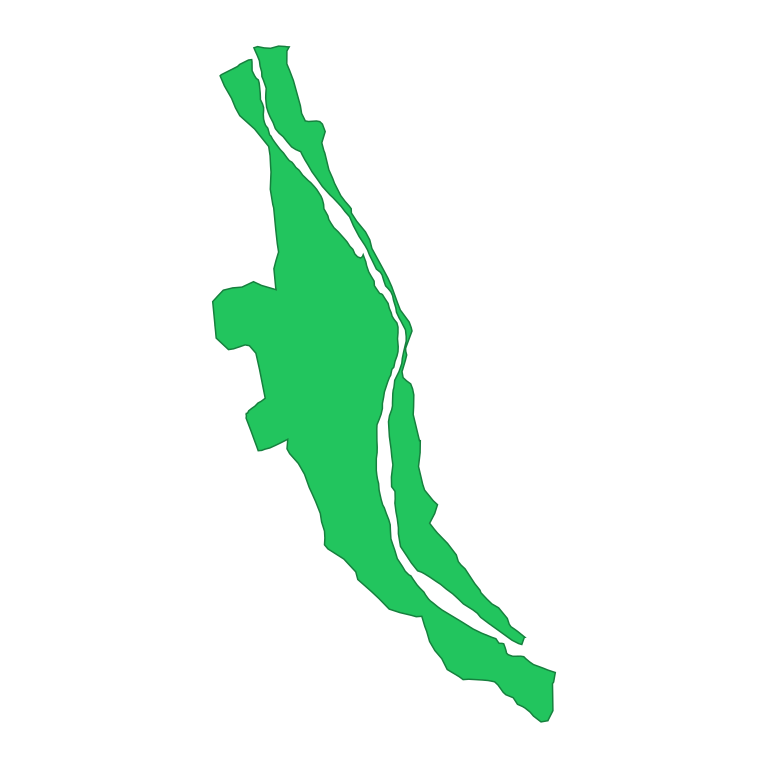 Isna, Qina, Egypt
{"feature_id": "37247803B29149830762978", "entity_name": "Isna", "entity_type": "district", "adm_level": 2, "iso_a3": "EGY", "parent_name": "Egypt", "parent_adm1": "Qina", "projection": "robinson", "projection_center": [32.548, 25.368], "detail": "fine", "context": "isolated", "style": "filled", "palette": "green", "viewbox_px": 768, "rotation_deg": 0, "n_neighbors": 0, "source": "geoboundaries", "source_scale": "gbopen_adm2", "svg_char_len": 6007}
<svg xmlns="http://www.w3.org/2000/svg" viewBox="0 0 768 768"><path d="M555.3,672.5L553.1,671.8L547.7,670.0L543.8,668.4L539.0,666.6L533.5,664.6L529.6,661.9L525.9,658.8L523.8,656.7L520.7,656.2L512.7,656.3L508.2,654.7L506.6,653.2L505.9,650.2L505.0,647.3L503.7,643.8L502.1,643.4L499.1,643.3L497.8,641.6L495.9,638.7L492.1,637.4L481.7,633.2L473.3,629.1L461.3,621.6L442.2,610.1L437.8,606.9L434.9,604.5L432.7,602.7L430.3,600.9L428.4,598.9L425.5,594.9L423.9,592.1L419.8,588.0L417.1,585.0L413.3,579.6L410.9,575.9L408.8,574.8L405.2,571.2L402.3,566.3L397.3,558.7L394.7,550.0L392.5,543.7L390.9,538.8L390.4,530.3L390.2,524.8L388.8,519.8L386.2,513.2L384.3,507.8L382.7,504.9L381.2,499.7L380.0,494.4L379.1,490.1L378.6,483.5L377.5,479.3L376.8,475.0L376.3,470.4L376.3,458.6L377.1,452.6L377.2,447.2L376.9,440.5L376.8,428.7L377.0,424.7L379.2,419.3L381.1,414.2L382.4,408.5L382.4,403.5L383.6,397.3L384.4,392.0L386.1,386.8L387.7,381.9L389.4,377.5L390.7,375.2L391.9,369.3L393.8,367.2L395.0,361.4L397.0,355.9L398.0,351.6L398.2,346.7L397.5,338.7L398.0,332.9L398.0,327.1L396.9,322.9L394.0,319.3L392.1,316.2L391.2,312.8L389.3,308.3L388.1,303.4L385.0,298.7L382.5,294.7L381.6,294.0L379.6,293.4L376.5,288.9L374.4,285.7L374.1,281.1L371.1,276.1L368.7,271.9L366.6,265.6L365.8,261.8L364.7,258.9L363.2,254.8L362.5,256.6L360.6,258.0L357.5,256.8L354.8,253.9L352.9,249.4L349.9,246.3L347.0,241.8L343.9,238.2L338.1,231.7L333.9,227.7L331.0,223.3L328.8,219.5L327.9,215.9L325.6,211.7L323.9,208.8L323.6,204.3L322.3,199.2L320.9,196.0L316.8,189.6L314.6,186.9L310.9,182.8L307.9,180.3L305.3,177.7L302.7,175.2L300.7,172.4L299.0,170.1L295.9,167.5L293.8,164.5L291.9,162.2L290.2,161.2L289.0,160.3L286.9,157.7L283.5,153.0L280.2,149.5L277.8,146.4L274.8,142.4L272.4,138.9L271.0,136.2L269.6,134.8L268.6,131.1L267.8,128.2L265.6,125.4L264.5,122.6L263.6,119.1L263.3,114.4L263.6,110.9L263.6,107.5L262.5,103.9L260.4,99.5L260.4,97.6L260.2,93.2L259.9,90.0L259.5,85.7L259.1,82.7L258.3,79.9L256.3,78.4L254.7,76.0L253.2,73.0L252.1,70.7L252.0,62.0L251.7,59.6L248.5,60.0L239.7,64.4L237.5,66.5L221.3,74.7L220.1,75.8L224.4,85.9L231.6,98.4L235.5,107.9L239.8,115.7L254.6,129.0L268.7,146.5L270.1,155.8L270.6,166.1L271.0,172.1L270.3,189.3L272.8,204.5L273.7,207.9L275.8,230.0L277.3,243.7L278.6,252.1L278.1,253.6L275.9,260.9L273.9,268.7L275.7,287.5L276.1,289.7L261.4,285.4L253.5,281.7L242.0,287.1L232.6,287.9L223.3,290.2L217.5,296.3L212.7,301.6L214.9,324.4L214.9,325.1L215.0,325.8L215.5,330.6L216.2,338.1L228.5,349.6L233.6,348.8L245.1,344.9L249.4,345.7L255.9,353.2L259.5,369.3L265.2,398.2L264.1,399.1L261.2,401.3L258.0,403.0L254.9,406.2L251.6,408.5L248.7,410.8L247.5,413.2L246.3,413.4L246.1,414.5L246.4,415.8L246.1,418.1L251.0,430.9L254.2,439.7L256.9,447.0L258.2,450.7L261.7,450.4L264.9,449.2L269.9,447.9L275.4,445.4L280.4,443.0L285.9,440.2L287.7,439.3L287.5,442.7L287.0,448.8L289.7,453.7L298.3,463.4L299.7,465.8L304.5,474.2L309.3,487.6L312.0,493.4L315.7,501.7L320.3,513.4L321.6,521.9L324.5,531.1L324.8,536.6L324.9,537.9L324.5,544.8L327.9,548.9L343.8,559.0L355.8,571.9L357.8,579.5L371.3,591.4L372.7,592.7L379.0,598.6L389.2,609.1L399.9,612.6L411.3,615.3L416.2,616.7L421.8,616.3L424.8,626.4L426.7,631.4L429.6,641.5L434.9,650.6L441.8,658.7L447.2,669.5L459.2,676.7L463.1,679.6L468.7,679.2L482.4,680.0L488.1,680.5L491.3,681.1L494.6,681.8L498.0,685.0L503.2,692.3L505.8,694.7L513.2,697.7L517.5,704.3L522.5,706.5L525.0,708.0L530.0,712.0L533.5,716.1L541.0,721.9L547.9,720.7L548.7,719.0L552.9,710.7L552.7,696.4L552.5,684.6L552.5,683.6L552.8,683.2L553.6,682.1L555.3,672.5ZM524.9,637.3L517.6,631.4L514.3,629.0L510.9,626.7L509.2,624.2L507.3,618.4L498.6,607.8L492.0,604.0L486.9,599.1L480.9,592.7L480.0,590.2L474.8,583.7L465.1,568.9L460.9,564.9L458.3,561.6L456.3,554.9L447.6,543.5L437.4,533.0L434.0,528.9L429.6,523.2L430.4,521.8L434.7,513.5L437.5,504.7L433.2,500.7L424.6,490.1L422.7,484.3L420.9,476.6L418.5,466.5L420.1,452.7L420.3,440.7L419.5,440.8L413.2,414.6L413.6,406.9L413.8,394.9L412.6,388.9L410.7,383.9L406.5,380.8L403.1,377.6L402.0,371.6L402.4,370.4L405.4,360.3L406.7,355.0L405.8,351.5L405.7,350.3L405.6,348.5L406.2,346.6L412.0,331.0L411.2,327.6L409.2,322.1L400.3,310.0L397.4,302.5L394.6,294.7L391.7,286.6L388.0,278.3L382.7,268.3L375.5,255.1L371.9,248.5L369.8,240.0L365.7,232.3L365.4,231.8L356.7,221.2L351.4,213.0L351.2,208.7L349.4,206.3L345.1,201.4L340.8,195.7L334.5,183.3L332.6,178.2L328.9,169.9L324.8,153.0L323.8,150.5L321.8,142.9L322.0,142.1L325.2,131.6L322.4,124.1L319.8,121.6L316.5,121.0L308.5,121.5L305.2,120.9L304.8,119.9L301.6,113.4L300.4,105.8L293.4,80.5L289.6,70.5L286.8,63.8L286.9,51.0L289.2,46.9L286.8,46.8L285.1,46.5L278.6,46.1L270.6,48.3L264.2,47.9L257.6,46.6L253.9,47.8L255.3,51.1L257.3,55.5L259.4,60.7L260.1,66.2L261.7,71.9L261.9,76.5L263.6,80.6L266.2,88.2L265.8,94.3L265.7,97.9L266.0,101.8L266.6,107.2L268.2,112.3L270.0,116.6L273.1,122.6L275.4,128.7L279.0,133.1L283.1,136.6L287.5,142.1L291.6,146.9L295.7,149.5L299.8,151.3L300.7,151.6L302.2,154.8L304.9,159.8L308.2,165.2L312.0,171.8L316.2,177.6L322.4,186.5L329.9,194.8L332.9,197.6L336.2,201.1L341.2,206.5L344.9,211.4L349.6,216.8L353.4,225.7L359.1,236.5L365.1,245.6L367.5,249.9L369.5,255.0L371.4,258.8L374.7,265.6L376.4,269.1L380.4,272.3L382.1,275.0L383.8,280.7L385.6,285.9L388.2,288.6L390.9,291.9L392.6,295.7L393.5,300.2L395.8,307.8L396.5,312.3L399.1,317.9L400.8,320.8L403.2,325.5L405.0,328.9L405.5,330.1L406.2,336.4L406.2,341.1L403.7,351.6L402.3,358.4L401.8,363.4L399.1,371.4L394.7,380.3L394.4,383.4L393.9,387.6L393.2,390.1L392.8,393.7L392.5,402.8L392.5,405.9L391.7,409.7L389.5,415.7L388.5,421.7L388.8,426.8L389.4,436.7L391.1,449.3L391.8,456.7L392.9,464.9L391.4,477.0L391.6,486.7L393.1,488.7L395.0,491.4L395.2,498.8L394.9,503.2L396.0,511.9L397.3,518.8L398.4,527.7L398.4,533.8L400.5,546.5L405.7,554.3L411.4,563.0L417.6,570.8L421.6,572.2L424.7,573.9L429.7,577.0L436.3,581.5L440.6,584.3L446.2,589.0L452.6,593.7L458.6,599.2L463.4,603.9L473.1,610.0L477.4,613.3L480.6,617.3L488.7,623.4L498.6,630.5L502.6,633.4L512.0,640.2L518.7,643.6L521.8,644.5L524.3,637.4L524.9,637.3Z" fill="#22c55e" stroke="#15803d" stroke-width="1.5"/></svg>